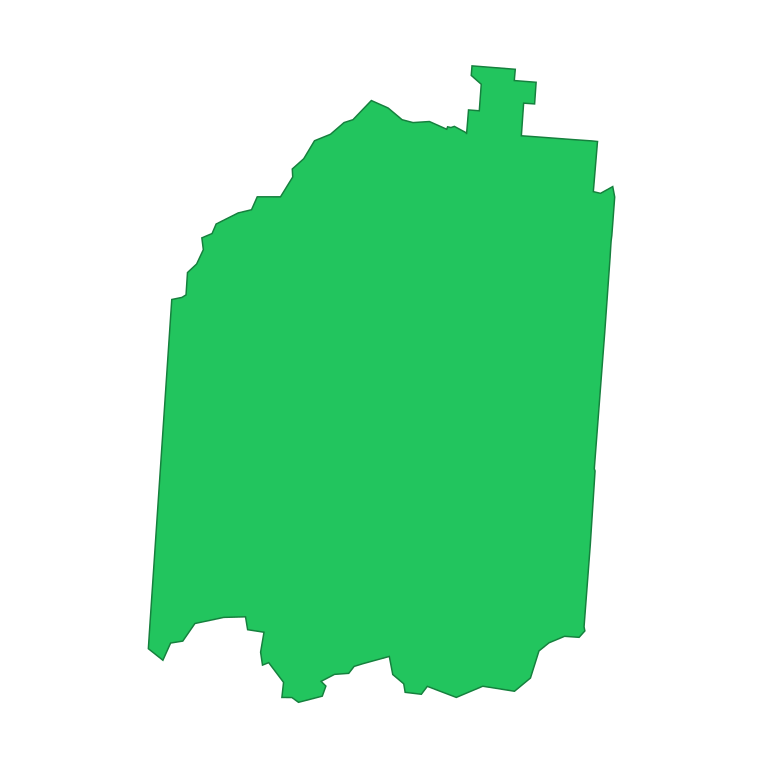 Clackamas, Oregon, United States of America (orthographic projection), rotated 94°
{"feature_id": "52423323B19187605552860", "entity_name": "Clackamas", "entity_type": "district", "adm_level": 2, "iso_a3": "USA", "parent_name": "United States of America", "parent_adm1": "Oregon", "projection": "orthographic", "projection_center": [-122.297, 45.174], "detail": "fine", "context": "isolated", "style": "filled", "palette": "green", "viewbox_px": 768, "rotation_deg": 94, "n_neighbors": 0, "source": "geoboundaries", "source_scale": "gbopen_adm2", "svg_char_len": 1434}
<svg xmlns="http://www.w3.org/2000/svg" viewBox="0 0 768 768"><g transform="rotate(94 384 384)"><path d="M664.5,600.6L675.0,585.3L657.3,578.8L654.5,566.8L636.1,555.9L628.0,527.6L625.9,505.9L638.6,502.9L640.0,486.4L660.1,488.4L672.9,485.6L670.0,479.6L688.6,463.4L703.8,464.0L703.2,454.0L707.5,447.1L699.7,423.8L689.4,420.9L685.0,426.0L677.1,413.1L675.1,399.0L667.8,394.1L664.5,385.6L655.4,359.7L673.2,355.0L681.7,343.4L690.1,341.4L690.9,325.1L682.6,319.7L691.6,290.0L678.6,264.4L681.4,232.4L667.1,217.4L639.5,210.8L630.7,201.4L623.1,186.3L623.1,171.7L616.3,166.4L612.3,167.5L529.8,167.0L456.0,167.4L453.9,168.3L318.1,167.4L241.8,167.3L231.1,167.4L225.4,167.4L220.0,167.1L205.2,167.0L202.6,167.0L181.4,166.9L171.1,169.6L178.7,181.3L177.5,188.6L147.7,188.2L132.7,188.0L130.0,188.0L127.2,187.9L127.0,193.4L127.0,211.0L127.0,212.4L126.8,251.9L126.8,264.3L94.1,264.3L94.1,253.3L72.4,253.3L72.2,275.2L60.9,275.0L60.5,318.4L70.1,318.5L78.2,307.9L104.8,308.0L104.7,318.8L115.6,318.9L129.0,319.1L127.7,319.4L122.1,331.8L123.5,335.1L123.0,338.5L125.5,339.2L119.0,357.0L121.2,373.3L119.1,384.4L108.4,399.1L102.1,416.4L122.5,433.4L126.0,442.1L138.6,454.8L146.2,470.3L164.9,479.8L175.9,490.5L183.9,489.5L204.5,500.3L206.1,523.5L219.4,528.3L223.5,541.4L236.1,562.6L245.9,566.0L250.9,575.9L262.6,573.6L277.4,579.3L286.5,587.8L308.9,587.7L311.7,591.6L314.5,601.6L647.9,600.7L664.5,600.6Z" fill="#22c55e" stroke="#15803d" stroke-width="1.5"/></g></svg>